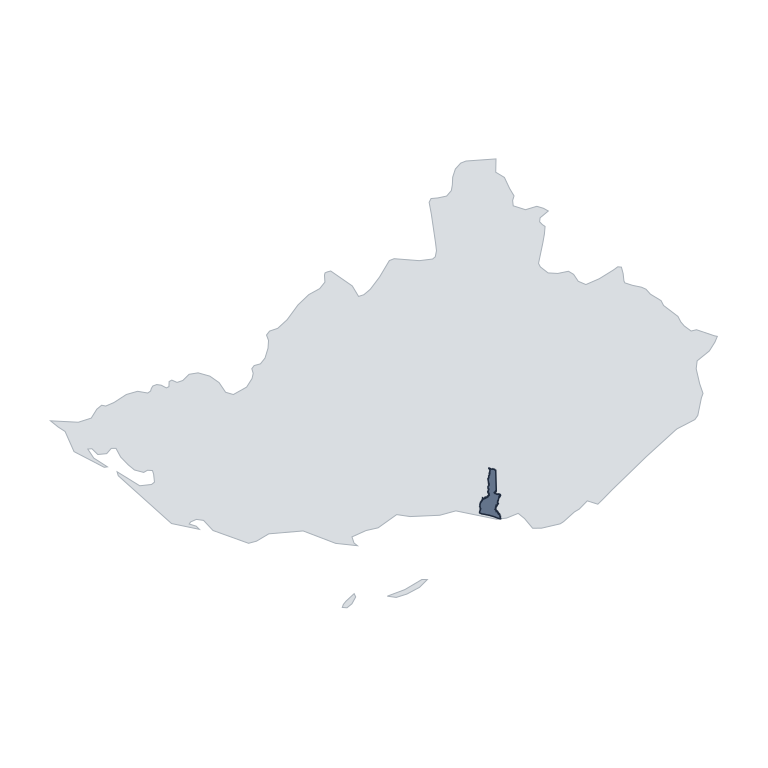 Esparta, Atlántida, Honduras (highlighted), rotated 179°
{"feature_id": "27666195B38540325718950", "entity_name": "Esparta", "entity_type": "district", "adm_level": 2, "iso_a3": "HND", "parent_name": "Honduras", "parent_adm1": "Atlántida", "projection": "natural_earth1", "projection_center": [-87.238, 15.629], "detail": "fine", "context": "in_parent", "style": "filled", "palette": "slate", "viewbox_px": 768, "rotation_deg": 179, "n_neighbors": 0, "source": "geoboundaries", "source_scale": "gbopen_adm2", "svg_char_len": 7405}
<svg xmlns="http://www.w3.org/2000/svg" viewBox="0 0 768 768"><g transform="rotate(179 384 384)"><path d="M718.1,353.0L690.3,351.1L677.3,355.0L671.6,363.8L666.7,367.7L662.6,366.8L654.3,370.2L641.8,378.0L630.5,381.0L620.4,379.1L617.5,381.0L616.7,383.6L615.2,386.0L611.3,387.4L606.8,386.7L601.7,383.9L599.1,385.1L598.8,390.2L596.1,391.6L590.9,389.2L585.1,391.0L578.7,397.1L569.7,398.4L558.0,394.9L548.9,388.3L542.5,378.5L534.8,376.1L521.4,383.3L515.8,391.8L514.6,396.9L515.9,401.6L513.5,404.7L507.2,406.3L502.5,412.0L499.3,421.9L498.7,429.6L500.6,435.0L497.5,438.9L489.3,441.5L479.7,450.0L468.6,464.6L457.6,474.7L446.6,480.5L441.3,486.9L441.6,493.9L441.0,496.1L438.9,497.0L435.3,497.9L414.0,482.6L407.9,472.0L402.6,473.6L396.0,479.0L386.6,491.0L376.5,507.3L371.7,509.1L346.5,506.7L333.2,508.1L330.5,510.3L329.2,516.3L330.0,524.3L333.7,553.1L335.7,564.9L333.7,568.6L326.9,569.1L318.1,570.8L313.3,576.2L312.2,581.8L311.7,589.6L308.9,597.7L303.5,603.5L298.1,605.5L268.1,607.1L268.6,593.8L260.0,588.4L255.0,577.3L250.7,569.8L252.2,565.3L251.7,559.9L239.5,555.8L228.1,559.0L221.5,556.9L216.7,554.1L225.0,547.5L225.6,543.5L222.9,540.6L220.2,538.7L221.0,531.2L222.7,522.5L227.4,501.9L225.6,498.3L218.0,492.2L208.3,491.5L197.6,493.5L192.5,490.3L188.0,483.3L180.4,479.9L166.9,485.5L152.6,494.0L148.2,497.1L144.6,496.7L143.0,490.3L142.3,482.8L141.4,480.9L133.8,478.3L124.9,476.3L120.4,474.2L116.1,469.2L105.5,462.5L103.1,457.6L88.9,446.4L86.1,440.8L82.8,436.8L76.0,431.6L70.6,432.8L52.7,426.4L49.9,425.8L52.4,420.1L58.1,411.4L70.5,401.7L71.6,393.8L68.4,378.8L65.2,369.0L66.9,364.6L70.8,347.1L73.8,343.0L91.7,334.1L93.4,332.8L107.5,320.4L123.2,306.6L139.5,291.3L157.7,274.3L167.7,264.4L172.3,260.1L182.8,263.6L191.0,255.5L195.8,252.8L206.9,243.2L210.3,241.1L229.0,237.1L237.9,237.2L245.8,247.0L252.1,252.3L263.8,247.8L273.7,246.8L314.4,255.9L330.5,251.8L360.2,251.0L373.6,253.2L392.4,240.3L404.5,237.8L418.7,231.7L416.8,225.6L413.4,222.8L435.1,225.5L467.4,238.5L501.8,236.2L514.2,229.1L522.2,227.1L557.5,240.5L566.8,250.8L574.0,251.9L579.7,249.5L581.2,247.4L574.2,245.1L571.1,241.9L598.9,248.2L651.3,296.9L652.4,300.9L630.0,286.5L618.2,287.6L615.2,289.9L615.9,297.8L617.0,301.5L622.0,301.9L625.8,299.8L635.0,302.4L641.1,307.6L648.6,315.6L653.1,324.3L657.8,324.4L662.5,319.2L671.4,318.5L677.2,324.4L681.3,324.1L675.5,315.0L662.0,306.0L665.2,305.6L695.1,321.8L703.7,342.1L710.7,346.8L718.1,353.0ZM366.7,178.1L349.5,187.9L344.1,187.7L352.0,180.1L364.7,173.6L375.5,170.4L384.4,171.8L366.7,178.1ZM425.7,167.6L417.5,174.9L416.0,171.6L419.9,164.8L424.9,160.9L429.6,161.3L428.5,164.3L425.7,167.6Z" fill="#d9dde1" stroke="#a8b0b8" stroke-width="1"/><path d="M280.5,298.2L280.7,297.7L280.5,297.4L279.8,297.0L279.7,296.5L279.7,296.3L279.6,296.2L279.6,295.8L279.5,295.6L279.7,295.1L279.7,294.8L279.8,294.6L279.8,294.3L279.9,294.2L279.8,293.9L280.1,293.7L280.2,293.4L280.0,293.0L279.9,292.9L280.0,292.8L279.9,292.5L279.9,292.4L280.0,292.2L280.1,292.3L280.3,292.3L280.2,291.8L280.1,291.6L280.3,291.4L280.2,291.0L281.0,290.3L281.0,290.2L280.9,290.0L280.9,289.3L280.8,288.9L281.1,288.6L281.1,288.2L281.2,287.9L281.4,287.8L281.7,287.7L281.7,287.1L281.4,287.1L281.5,286.8L281.6,286.1L281.4,285.3L281.4,284.8L281.2,284.3L281.3,283.5L281.3,283.0L281.2,282.9L281.0,283.1L280.9,282.7L280.6,282.3L280.6,282.0L280.7,281.7L281.0,281.6L280.8,281.0L280.8,280.9L280.9,280.6L281.5,280.2L281.6,279.9L281.8,279.7L281.9,279.1L281.7,278.2L281.8,277.8L281.8,277.6L281.6,277.3L281.1,277.2L281.1,276.8L281.1,276.5L281.2,276.2L281.5,276.0L281.7,275.7L281.7,275.4L281.6,274.7L282.1,274.6L282.2,274.4L282.0,273.8L281.9,273.5L281.9,273.3L281.4,273.0L281.0,273.0L280.9,272.9L281.0,272.7L281.1,272.3L281.2,272.1L280.9,271.9L280.7,271.1L281.1,270.9L281.1,270.6L281.3,270.4L281.6,270.4L281.7,270.2L281.8,270.5L282.0,270.3L281.9,270.0L282.3,269.7L282.6,269.8L282.7,269.6L282.8,269.8L282.9,269.7L283.1,269.1L282.9,268.9L283.0,268.8L283.1,268.7L283.3,268.8L283.5,268.7L283.8,268.5L283.8,268.8L284.0,268.8L284.0,268.5L284.2,269.0L284.7,269.2L284.8,269.1L284.7,268.9L284.8,268.8L285.0,268.8L285.0,268.7L284.9,268.6L285.0,268.5L285.0,268.4L285.1,268.1L285.3,268.2L285.4,267.9L285.5,268.0L285.6,267.9L285.7,268.0L285.8,267.9L285.9,268.0L286.1,268.0L286.5,268.0L286.6,267.8L286.8,267.9L286.7,267.7L286.9,267.7L287.0,267.8L287.0,267.6L287.1,267.8L287.2,267.5L287.2,267.4L287.2,267.2L286.9,267.0L287.0,266.9L287.2,266.7L287.4,266.8L287.5,266.9L287.5,266.7L287.7,266.4L287.7,266.5L287.8,266.5L287.8,266.2L288.0,266.2L288.1,265.8L288.1,265.6L288.3,265.6L288.5,265.5L288.8,265.2L288.8,264.8L289.0,264.7L288.9,264.4L289.1,264.1L289.3,264.1L289.6,264.0L289.8,263.2L289.7,262.9L289.8,262.6L290.1,262.4L290.1,261.8L290.3,261.4L290.2,260.9L290.1,260.2L290.4,259.7L290.2,259.6L290.2,259.4L290.0,258.9L290.0,258.6L289.6,258.0L289.5,257.7L290.0,257.4L289.9,257.0L289.7,257.0L289.8,256.6L290.0,256.6L290.1,255.8L290.3,255.5L290.6,254.8L290.6,254.4L290.7,254.0L290.7,253.8L290.7,253.5L290.6,253.4L290.4,253.4L290.0,253.1L289.1,252.8L288.8,252.5L288.3,252.4L285.4,251.9L284.0,251.5L282.4,251.2L281.3,250.9L280.8,250.9L280.1,250.6L279.8,250.5L279.3,250.3L277.5,249.8L276.0,249.3L273.9,248.4L272.1,247.7L270.0,247.1L269.8,247.2L270.0,247.4L270.6,247.6L269.9,248.1L270.1,248.4L270.0,248.7L270.1,248.9L269.9,249.5L270.1,249.5L270.4,249.7L270.5,249.8L270.5,250.0L270.4,250.0L270.4,250.3L270.5,250.4L270.5,250.6L270.4,250.8L270.5,251.5L270.8,251.5L270.7,251.8L270.8,251.9L271.0,252.0L270.9,252.2L271.0,252.3L271.1,252.0L271.4,252.0L271.7,251.9L271.9,252.2L272.2,252.4L272.3,252.9L272.0,253.2L272.2,253.4L272.0,253.5L272.2,253.9L272.4,254.0L272.7,253.9L272.9,254.3L272.7,254.4L272.7,254.5L273.4,254.5L273.2,254.8L273.2,255.1L273.3,255.1L273.4,254.8L273.5,254.8L273.5,255.3L273.8,255.4L274.1,255.1L274.2,255.7L274.3,255.9L274.6,256.1L274.8,256.5L274.6,256.6L274.4,256.4L274.2,256.4L274.2,256.5L274.3,257.0L274.8,256.7L275.0,256.7L275.1,256.8L274.9,256.9L274.7,257.1L274.4,257.2L274.4,257.3L274.6,257.6L274.6,257.8L274.4,258.0L274.6,258.6L274.6,258.9L274.5,259.1L274.3,259.1L274.2,259.0L274.4,258.7L274.2,258.6L274.0,259.3L273.7,259.5L273.8,259.7L274.1,259.5L274.3,259.5L274.1,260.3L273.9,260.0L273.8,259.9L273.7,260.0L273.8,260.4L273.7,260.5L273.2,260.3L273.0,260.5L273.3,260.8L273.3,261.0L273.1,261.2L272.8,261.8L272.4,261.8L272.2,262.2L271.8,262.2L271.7,262.3L271.8,262.6L272.1,262.8L272.6,263.2L272.6,263.3L272.4,263.4L272.3,263.5L272.5,264.1L272.4,264.7L272.4,265.1L272.3,265.3L272.0,265.2L271.9,265.2L271.9,265.3L271.9,265.6L271.7,265.8L271.6,266.1L271.6,266.7L271.3,267.6L271.1,268.0L271.1,268.6L270.8,268.5L270.7,268.5L270.5,268.8L270.4,269.3L270.7,269.7L270.7,269.9L270.3,270.3L270.2,270.2L270.1,269.7L269.9,269.6L269.7,270.2L269.4,270.5L269.4,270.8L269.6,271.3L269.9,271.6L270.2,271.5L270.3,271.6L270.5,271.7L270.7,272.0L271.1,272.0L271.2,271.8L271.4,272.0L271.5,271.9L271.8,271.9L271.8,272.0L272.1,272.0L272.1,271.9L272.5,271.8L272.5,271.7L272.9,271.7L273.1,271.7L273.5,272.1L274.1,272.4L274.7,272.5L274.7,272.9L274.7,273.0L274.9,273.0L275.2,272.9L275.6,273.2L275.7,273.4L275.7,273.6L275.3,273.9L275.1,274.0L274.7,274.0L274.5,274.3L274.3,274.3L274.4,274.6L274.2,274.8L274.2,275.0L273.9,274.9L273.7,274.8L273.6,275.2L273.8,295.7L274.1,295.7L274.4,295.8L274.6,296.4L274.9,296.8L275.5,296.9L276.0,296.8L276.3,296.9L276.6,297.3L276.8,297.1L277.0,297.1L277.3,296.9L277.5,296.9L278.0,297.0L278.5,297.2L279.1,297.6L280.5,298.2Z" fill="#64748b" stroke="#1e293b" stroke-width="1.5"/></g></svg>